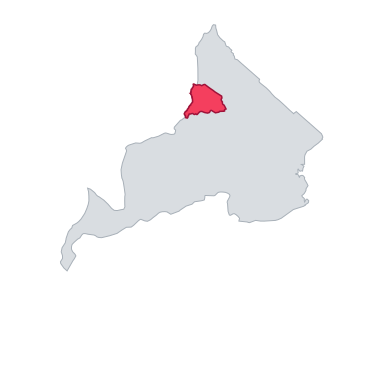 location of Kadei, Est, Cameroon, rotated 221°
{"feature_id": "32672807B29047919086815", "entity_name": "Kadei", "entity_type": "district", "adm_level": 2, "iso_a3": "CMR", "parent_name": "Cameroon", "parent_adm1": "Est", "projection": "orthographic", "projection_center": [14.712, 4.477], "detail": "fine", "context": "in_parent", "style": "filled", "palette": "rose", "viewbox_px": 384, "rotation_deg": 221, "n_neighbors": 0, "source": "geoboundaries", "source_scale": "gbopen_adm2", "svg_char_len": 6582}
<svg xmlns="http://www.w3.org/2000/svg" viewBox="0 0 384 384"><g transform="rotate(221 192 192)"><path d="M97.8,256.3L98.5,254.3L104.0,245.3L107.4,230.8L109.0,227.4L110.5,225.2L118.3,217.5L121.2,215.0L125.4,212.3L128.5,206.6L129.5,206.0L130.8,205.5L137.5,200.8L138.1,201.7L138.5,202.9L139.0,203.4L141.1,203.8L144.1,203.8L145.8,203.4L146.7,202.5L147.6,199.8L148.2,199.3L148.9,199.2L152.1,201.1L157.4,206.4L158.7,207.3L159.3,208.3L160.4,213.1L161.1,214.3L162.2,214.8L164.3,214.5L166.5,213.7L168.4,212.4L170.3,210.9L171.6,209.5L172.1,208.4L172.4,204.5L172.9,203.6L179.8,198.0L179.7,197.5L178.5,195.9L177.5,194.1L178.6,192.3L179.7,190.9L183.7,186.3L184.0,182.8L187.2,177.5L189.1,170.4L189.2,169.1L193.4,161.3L197.8,160.6L199.5,159.5L201.5,157.6L202.8,155.8L203.4,154.1L203.8,150.8L204.6,147.1L205.1,143.8L206.4,140.7L208.7,139.2L212.5,137.9L213.1,137.3L213.6,135.3L214.2,128.6L214.9,125.6L218.4,122.3L220.0,117.1L221.4,111.6L225.5,104.9L230.2,98.3L232.4,96.6L234.2,95.8L236.3,95.7L237.8,95.2L242.8,91.9L244.9,90.8L246.5,89.6L246.9,88.7L247.0,87.2L246.5,83.8L247.4,81.3L247.9,77.4L248.1,74.4L248.0,73.4L247.0,71.6L245.5,69.8L243.0,68.6L239.5,68.3L237.7,67.6L237.0,64.2L236.8,62.0L234.5,50.5L238.9,50.6L244.1,51.9L245.5,53.0L246.1,56.9L248.1,59.1L251.4,61.0L253.5,64.7L254.3,70.5L256.2,73.9L256.6,74.4L259.2,80.9L259.4,83.9L259.1,85.9L260.2,88.4L258.6,92.7L258.1,95.3L258.0,99.0L258.9,105.5L260.5,110.5L262.2,114.6L264.0,117.7L267.1,121.2L270.3,124.4L273.3,126.4L270.5,127.5L265.1,127.7L262.0,127.0L260.5,127.0L259.0,127.4L253.2,128.0L247.4,127.7L242.0,126.9L238.7,127.1L236.2,129.0L234.1,131.9L232.2,134.2L232.9,136.8L234.3,138.2L237.1,141.3L239.6,144.3L240.9,146.3L245.9,150.7L250.7,154.7L253.0,156.1L253.9,156.4L256.5,158.6L260.2,162.3L263.5,168.2L268.2,179.9L269.3,180.8L270.9,181.4L271.1,182.7L270.9,184.5L270.4,186.0L266.7,192.1L263.4,194.5L262.4,195.9L261.2,199.5L258.2,206.4L256.9,207.4L253.9,212.1L251.5,218.0L250.9,219.0L249.9,219.7L246.4,221.2L245.3,221.9L243.5,223.8L243.3,225.0L244.1,226.6L245.0,228.0L246.9,228.0L247.9,229.3L247.8,238.5L247.0,239.9L247.0,240.5L246.6,242.1L246.5,243.8L246.8,244.5L247.5,245.1L248.4,246.3L249.0,249.2L250.1,259.1L250.7,260.7L251.7,261.8L254.7,263.9L257.9,266.8L258.9,268.6L259.5,271.6L260.8,274.0L260.7,274.8L260.2,275.1L258.2,275.3L258.9,277.0L260.6,280.0L268.7,289.2L276.6,297.4L278.5,298.0L279.9,298.2L280.4,298.7L281.2,299.8L283.8,302.8L284.3,304.5L283.7,306.2L284.3,308.8L284.8,309.7L284.6,310.5L284.9,313.6L285.6,316.4L286.8,318.7L286.6,320.3L285.1,321.2L284.2,322.8L284.0,324.9L284.4,327.5L285.6,330.5L285.6,332.3L283.7,333.5L281.6,331.4L279.3,330.0L275.8,327.5L272.3,326.7L267.8,326.5L265.8,326.8L262.4,324.8L261.4,324.6L259.8,325.4L258.8,325.4L257.5,325.1L254.9,325.1L254.7,323.7L254.3,323.4L251.5,323.6L250.6,322.4L250.2,322.5L249.1,322.2L246.9,320.5L244.5,321.6L239.6,321.5L214.9,321.4L214.3,319.8L213.1,319.0L210.9,319.0L204.3,319.3L199.3,319.0L195.9,318.4L191.8,318.0L186.6,318.3L181.3,318.2L171.8,317.8L166.6,317.8L166.7,318.8L166.4,319.4L166.1,321.1L132.6,320.9L129.9,319.7L129.1,319.0L128.8,317.6L128.2,317.5L128.8,311.6L129.9,306.8L130.4,302.3L132.0,298.2L131.1,294.2L130.2,292.5L125.2,286.8L127.5,284.6L124.4,284.9L123.8,282.8L122.3,280.3L123.2,279.9L124.1,278.5L126.9,278.9L126.8,278.3L124.4,276.1L124.7,275.1L125.7,273.9L125.2,273.4L123.5,274.6L122.2,274.5L121.3,273.7L120.6,273.6L121.0,275.2L120.0,276.7L119.1,277.2L117.6,277.1L116.3,276.7L116.0,275.9L114.8,275.2L111.4,274.1L108.6,272.9L108.1,269.4L107.0,267.9L106.6,266.2L106.3,264.3L106.7,261.3L106.0,260.9L105.2,260.7L104.0,260.8L102.9,260.7L101.5,259.0L100.4,258.4L101.1,261.4L100.2,262.2L98.2,262.0L97.4,260.8L97.2,260.0L98.2,256.3L97.8,256.3Z" fill="#d9dde1" stroke="#a8b0b8" stroke-width="1"/><path d="M259.0,275.4L259.4,275.2L259.8,275.2L260.1,275.1L260.3,275.0L261.0,274.9L261.2,274.6L261.3,274.6L261.6,274.5L261.8,274.4L261.8,274.2L261.7,274.0L261.3,274.0L261.1,274.1L261.0,273.7L260.8,273.5L260.8,273.2L260.7,273.1L260.5,272.9L260.3,272.8L260.2,272.7L260.0,272.3L260.0,272.2L260.1,271.8L260.2,271.7L260.2,271.4L260.0,271.0L259.9,270.7L260.0,270.4L259.9,270.2L259.8,269.8L259.8,269.7L259.9,269.4L259.9,269.2L259.7,269.1L259.8,269.0L259.7,268.9L259.7,268.7L259.7,268.4L259.5,268.1L259.4,268.0L259.2,267.9L259.0,267.7L258.9,267.4L258.8,267.1L258.5,266.9L258.5,266.6L258.4,266.6L258.2,266.7L258.1,266.4L257.9,266.1L257.9,265.9L257.8,265.5L257.7,265.4L257.8,265.3L257.7,265.3L257.4,265.3L257.0,265.2L256.9,264.9L256.7,264.9L256.4,264.9L256.1,264.9L256.0,264.7L255.9,264.6L255.7,264.5L255.5,264.4L255.3,264.3L255.1,264.1L254.8,264.1L254.6,264.1L254.5,263.8L254.2,263.5L254.1,263.4L253.9,263.4L253.8,263.0L253.6,263.0L253.3,263.0L253.2,262.9L253.0,262.7L252.8,262.6L252.6,262.3L252.4,262.2L252.2,262.0L252.1,261.8L252.0,261.7L251.9,261.6L251.7,261.4L251.3,261.2L251.1,260.8L251.0,260.7L250.9,260.6L250.7,260.5L250.8,260.3L250.7,260.0L250.6,259.9L250.5,259.7L250.6,259.3L250.5,258.9L250.5,258.7L250.5,258.3L250.5,258.1L250.5,257.6L250.4,257.3L250.3,257.1L250.2,257.0L250.0,256.8L250.0,256.7L250.3,256.5L250.3,256.4L250.3,256.2L250.4,255.9L250.5,255.8L250.3,254.9L250.1,254.8L250.2,254.6L250.1,254.4L250.3,254.3L250.3,254.2L250.1,253.8L250.0,253.7L249.9,253.2L249.8,252.8L249.6,252.7L249.7,252.3L249.7,252.2L249.8,251.8L249.8,251.6L249.6,251.4L249.5,251.2L249.4,251.1L249.4,250.9L249.5,250.8L249.4,250.6L249.5,250.6L249.5,250.4L249.5,249.7L249.5,249.4L249.4,249.2L249.4,248.7L249.7,248.6L249.8,248.4L249.7,247.9L249.3,246.3L249.3,246.2L249.2,246.0L248.9,245.9L248.8,245.7L248.7,245.6L248.3,245.4L248.1,245.4L247.8,245.5L247.6,245.4L247.4,245.4L247.2,245.2L246.9,245.2L246.7,245.1L246.6,244.8L246.3,244.7L245.8,244.2L245.6,243.9L245.1,244.3L244.5,244.4L244.0,244.8L244.1,245.7L244.8,246.5L244.6,247.3L245.1,248.2L245.3,249.1L244.6,249.5L244.1,250.3L243.2,251.5L242.7,251.8L241.3,251.9L240.8,252.3L240.4,253.5L239.4,253.5L239.0,253.8L238.9,254.0L238.9,255.2L238.8,257.5L238.4,258.3L237.4,259.3L234.5,260.3L232.0,261.8L231.0,263.5L231.5,265.6L230.9,266.3L230.1,266.5L229.1,266.6L227.5,266.9L226.3,267.1L224.3,269.6L224.2,269.9L224.0,270.3L224.1,270.9L220.8,274.0L220.6,274.7L221.3,275.1L221.4,275.6L221.2,276.3L220.8,277.0L223.2,278.0L224.8,278.6L226.3,278.4L227.0,278.8L227.7,279.3L228.1,279.9L229.5,280.2L229.6,280.3L230.3,280.6L230.9,281.3L230.9,282.1L231.4,282.9L232.6,283.8L235.2,283.4L239.0,282.8L240.5,282.6L242.8,282.5L244.4,282.3L246.1,282.1L248.3,281.9L252.8,281.6L253.3,281.2L253.8,280.4L254.2,279.1L254.5,278.6L255.2,278.4L256.2,278.1L257.2,277.3L258.0,276.5L258.1,276.3L258.8,275.4L259.0,275.4Z" fill="#f43f5e" stroke="#9f1239" stroke-width="1.5"/></g></svg>